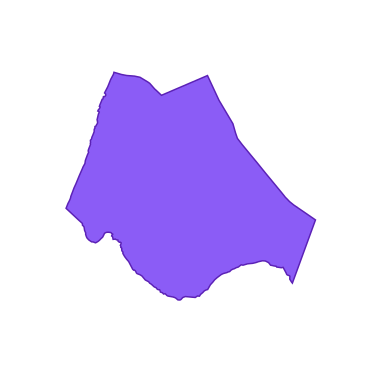 La Dade-kotopon, Greater Accra, Ghana (Albers equal-area conic projection), rotated 128°
{"feature_id": "2480657B88791559733000", "entity_name": "La Dade-kotopon", "entity_type": "district", "adm_level": 2, "iso_a3": "GHA", "parent_name": "Ghana", "parent_adm1": "Greater Accra", "projection": "albers", "projection_center": [-0.148, 5.589], "detail": "fine", "context": "isolated", "style": "filled", "palette": "violet", "viewbox_px": 384, "rotation_deg": 128, "n_neighbors": 0, "source": "geoboundaries", "source_scale": "gbopen_adm2", "svg_char_len": 2884}
<svg xmlns="http://www.w3.org/2000/svg" viewBox="0 0 384 384"><g transform="rotate(128 192 192)"><path d="M284.4,134.9L283.5,134.5L280.8,134.3L278.5,132.9L273.1,124.5L270.6,123.7L269.5,122.0L267.5,122.2L264.6,121.6L262.3,121.4L260.7,120.7L259.2,119.6L253.8,120.4L250.2,120.1L247.3,120.1L244.1,119.5L238.9,118.1L236.8,117.0L233.9,114.8L233.1,114.5L231.5,113.3L229.4,113.1L227.8,112.4L226.2,111.3L224.6,110.7L222.6,109.3L219.0,108.4L218.7,107.5L218.2,106.7L214.4,104.0L212.2,101.7L211.0,100.4L208.3,98.2L206.1,96.8L202.8,94.1L201.2,91.7L200.5,88.2L201.3,85.0L200.5,83.5L200.0,82.3L198.7,79.9L199.0,79.1L196.7,75.0L195.3,73.8L197.8,68.1L198.6,66.7L198.7,65.8L198.0,63.7L198.1,63.0L200.5,61.3L201.7,58.1L202.0,56.8L138.0,77.5L139.2,97.6L139.6,103.9L139.5,109.3L139.0,112.7L138.7,115.2L137.4,120.6L131.9,145.5L128.7,159.3L127.4,165.3L123.8,181.5L121.8,189.2L118.7,194.0L113.0,201.8L103.1,227.2L90.7,251.5L134.6,275.6L133.9,283.1L133.8,284.8L132.4,292.2L132.5,294.4L133.6,303.6L136.1,308.7L140.4,315.2L142.8,319.9L145.7,327.2L147.5,326.4L153.3,325.4L160.9,323.2L167.8,321.9L168.0,320.3L169.2,319.4L170.7,319.6L171.3,320.5L171.8,320.4L172.5,319.9L173.7,319.5L174.3,319.9L175.9,319.4L179.8,318.3L181.6,317.7L181.6,316.7L183.1,316.3L184.9,316.4L186.2,316.1L186.0,315.0L186.1,314.3L188.3,313.7L193.7,311.2L194.2,310.1L194.8,309.9L195.2,309.3L196.3,308.7L197.5,308.7L199.1,308.3L200.1,308.8L201.7,307.7L202.7,307.7L204.8,306.2L207.8,305.3L210.5,304.6L212.1,303.8L213.8,303.9L215.6,302.3L216.4,302.0L217.0,301.3L222.3,299.7L223.6,299.1L224.4,297.9L227.0,297.3L232.7,295.5L235.5,293.9L239.3,293.3L241.4,292.7L248.1,291.0L257.1,288.5L261.3,287.5L266.4,285.9L270.0,284.8L271.6,284.0L272.9,283.6L275.0,283.1L277.3,282.7L282.4,281.2L283.9,264.1L284.1,261.2L284.3,259.0L285.6,257.9L285.8,256.1L286.3,255.2L288.4,253.0L289.7,250.6L290.9,249.7L292.3,247.6L292.9,246.3L293.1,245.1L293.3,243.9L293.2,242.0L293.1,240.4L292.2,239.2L291.5,236.8L290.6,236.3L288.8,235.6L287.0,235.2L284.9,235.0L282.7,234.6L280.5,235.0L278.4,235.5L276.8,234.8L276.2,234.3L275.4,233.4L274.8,232.5L273.9,231.0L274.1,229.9L274.0,228.6L274.4,228.3L275.2,228.6L276.1,228.3L276.2,227.0L277.9,225.0L276.3,223.4L276.2,222.2L275.5,220.8L276.3,219.9L276.3,218.3L275.6,217.3L275.8,216.4L277.0,215.9L278.1,215.7L278.6,214.6L279.5,214.0L279.5,212.9L280.1,212.3L280.6,212.0L281.5,211.1L281.9,209.4L283.0,208.6L284.0,206.2L284.6,204.5L285.3,201.7L285.8,199.1L289.4,191.2L289.5,189.8L289.0,189.3L289.0,188.1L290.1,185.7L290.1,184.9L289.7,183.6L289.2,182.0L289.0,179.7L289.3,178.3L290.1,174.6L289.4,170.9L289.9,169.3L289.7,167.2L289.9,164.9L290.0,164.0L290.0,163.2L289.5,161.4L290.0,159.5L289.7,158.3L289.0,157.5L289.1,156.9L290.3,155.3L289.6,153.3L289.9,151.6L288.7,150.6L288.8,149.0L289.0,148.5L288.9,147.2L288.3,145.9L286.4,142.3L285.8,140.6L285.6,139.5L285.7,136.6L284.4,134.9Z" fill="#8b5cf6" stroke="#5b21b6" stroke-width="1.5"/></g></svg>